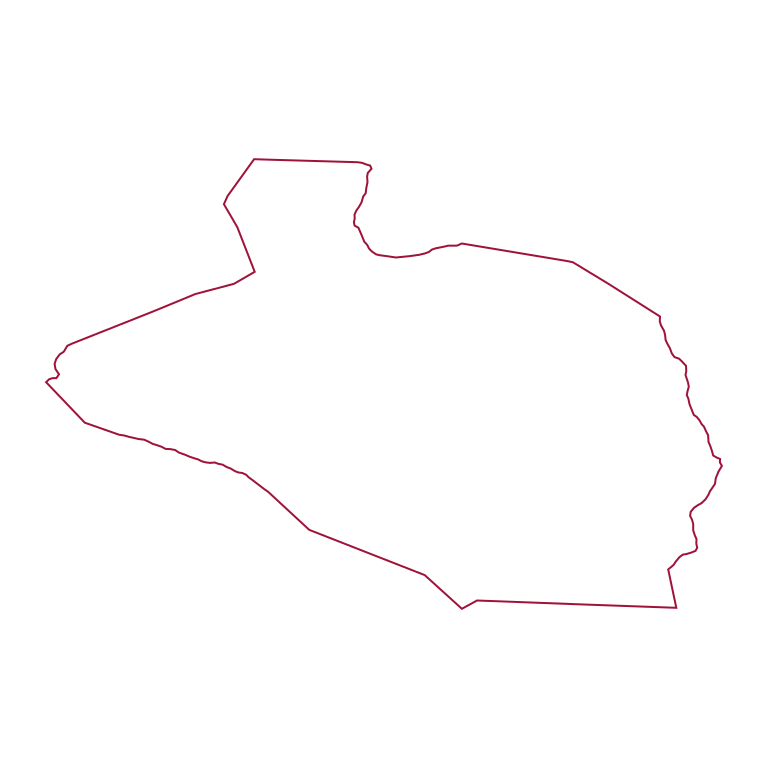 outline of Ourolândia, Bahia, Brazil
{"feature_id": "56859067B69370419273118", "entity_name": "Ourolândia", "entity_type": "district", "adm_level": 2, "iso_a3": "BRA", "parent_name": "Brazil", "parent_adm1": "Bahia", "projection": "orthographic", "projection_center": [-41.124, -10.833], "detail": "fine", "context": "isolated", "style": "outline", "palette": "rose", "viewbox_px": 768, "rotation_deg": 0, "n_neighbors": 0, "source": "geoboundaries", "source_scale": "gbopen_adm2", "svg_char_len": 2214}
<svg xmlns="http://www.w3.org/2000/svg" viewBox="0 0 768 768"><path d="M660.0,316.5L608.4,283.8L572.8,262.2L566.3,260.9L461.8,243.5L457.1,245.6L452.4,245.7L448.0,245.7L443.9,246.7L439.3,247.6L435.7,248.3L431.9,249.6L429.0,251.9L425.4,253.3L419.2,254.8L409.8,256.1L396.0,257.5L386.6,256.1L380.2,255.3L376.2,254.4L372.0,251.6L369.0,248.5L367.3,245.0L364.2,241.6L362.0,236.0L358.4,227.7L354.6,225.6L353.9,222.1L354.7,218.8L354.5,214.7L356.4,210.5L359.0,206.8L361.5,202.4L363.2,196.5L365.7,193.2L366.3,188.0L367.5,182.1L367.1,176.7L367.8,172.9L371.5,168.8L370.2,165.6L367.0,164.7L361.9,162.8L357.3,162.2L339.5,161.7L273.5,159.8L254.1,159.2L227.6,196.0L223.9,204.2L230.4,215.3L233.6,220.8L237.4,227.4L254.7,271.8L234.0,283.8L211.0,289.9L195.4,294.0L153.0,311.5L72.3,343.5L67.3,345.8L63.8,351.7L59.8,354.3L56.2,359.1L54.6,363.9L55.5,369.1L59.0,374.3L56.4,378.1L52.8,378.1L49.2,379.2L46.1,382.2L84.8,422.7L119.0,434.7L124.7,435.6L129.1,436.9L133.3,437.8L138.4,439.0L144.2,439.7L148.8,441.8L152.7,443.9L156.5,445.0L161.4,446.7L165.6,448.9L170.2,449.1L175.1,450.0L179.0,452.6L184.7,454.6L189.9,456.8L194.4,458.3L198.1,459.4L201.5,461.2L205.4,462.3L209.9,462.9L214.8,462.5L218.2,463.8L222.7,464.7L226.6,467.0L230.6,468.5L234.9,471.1L238.1,472.4L242.3,473.0L246.1,474.7L248.7,477.3L252.8,480.3L264.1,489.0L267.9,491.6L309.3,529.9L424.7,575.1L461.9,608.8L477.0,600.5L586.8,604.6L676.3,607.8L668.2,569.4L673.5,565.0L675.9,561.4L679.4,557.2L682.7,554.7L686.9,553.9L691.2,552.6L695.5,550.9L697.2,547.8L696.3,543.6L696.5,539.0L694.9,535.6L693.2,530.3L693.2,524.0L692.1,519.9L690.1,515.8L690.7,511.8L694.0,507.8L697.8,505.2L701.6,503.1L705.7,499.1L708.5,494.6L710.0,491.2L712.7,487.3L715.0,483.8L715.8,478.1L718.5,471.6L721.9,465.9L719.9,462.4L720.1,459.0L716.4,457.4L713.2,455.5L711.9,450.8L710.4,446.3L708.5,441.9L708.1,435.2L705.8,430.8L704.0,426.7L701.6,424.1L699.4,420.1L696.7,416.9L693.8,414.9L691.9,410.2L689.5,404.1L688.4,398.8L686.8,395.1L687.6,390.9L688.8,386.7L688.1,382.8L686.8,378.9L685.5,374.9L686.3,371.1L686.0,365.8L681.9,361.4L679.1,358.7L674.5,357.1L671.8,353.4L669.9,348.2L667.6,344.2L665.6,340.0L665.1,335.1L664.0,330.7L661.1,325.6L659.8,321.5L660.0,316.5Z" fill="none" stroke="#9f1239" stroke-width="2"/></svg>